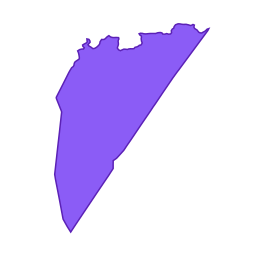 outline of Souto Soares, Bahia, Brazil, rotated 94°
{"feature_id": "56859067B69243196353735", "entity_name": "Souto Soares", "entity_type": "district", "adm_level": 2, "iso_a3": "BRA", "parent_name": "Brazil", "parent_adm1": "Bahia", "projection": "natural_earth1", "projection_center": [-41.909, -11.985], "detail": "fine", "context": "isolated", "style": "filled", "palette": "violet", "viewbox_px": 256, "rotation_deg": 94, "n_neighbors": 0, "source": "geoboundaries", "source_scale": "gbopen_adm2", "svg_char_len": 2132}
<svg xmlns="http://www.w3.org/2000/svg" viewBox="0 0 256 256"><g transform="rotate(94 128 128)"><path d="M42.0,175.2L43.4,175.0L44.7,174.7L45.7,175.1L46.4,176.1L47.3,177.6L48.4,179.1L49.7,178.7L51.0,177.2L52.3,177.9L52.5,179.8L53.2,181.8L54.6,183.6L56.3,182.7L58.2,182.1L60.8,181.5L62.4,181.4L63.8,183.0L65.4,185.1L66.3,185.8L67.8,186.2L69.3,186.3L70.5,186.9L71.8,188.4L73.5,189.3L75.3,190.2L76.8,190.9L78.0,191.4L87.8,195.5L102.4,201.7L103.6,201.5L115.6,195.7L116.7,195.3L137.1,196.1L152.8,196.8L174.9,197.7L179.3,197.9L184.1,196.8L204.2,191.4L223.4,186.4L230.3,181.9L235.8,177.9L230.3,174.8L223.8,171.1L195.0,154.6L179.1,145.4L176.9,144.1L173.6,142.3L169.5,140.0L166.5,140.2L165.2,140.3L163.1,140.4L161.6,140.5L159.0,137.3L157.9,136.4L150.5,130.6L145.7,127.9L139.8,124.4L123.5,115.0L111.2,107.8L108.8,106.4L105.2,104.4L101.4,102.1L90.6,95.9L74.8,86.7L68.1,82.5L66.5,81.4L64.6,80.2L25.3,55.2L23.2,54.3L23.9,56.0L25.3,57.2L26.3,58.3L27.1,59.7L28.0,61.0L28.1,62.4L27.6,64.0L26.4,65.1L25.3,66.1L24.6,67.6L23.8,68.7L22.7,69.3L20.7,69.0L20.2,70.4L20.9,71.4L21.4,72.8L20.9,74.8L20.5,77.3L20.7,79.0L20.8,80.3L20.7,82.0L20.5,83.6L20.6,85.4L21.7,87.8L23.5,89.0L25.3,89.4L26.2,90.7L27.9,91.6L29.9,91.2L31.2,92.1L31.6,94.0L31.1,96.0L31.8,97.7L31.9,99.8L30.9,100.6L30.5,101.9L30.6,103.3L30.9,104.9L31.8,107.1L31.9,108.8L32.0,110.2L32.1,111.9L32.3,113.3L32.5,114.6L32.9,116.8L32.9,118.7L32.6,120.3L32.6,122.2L33.2,123.5L34.4,122.7L34.9,121.5L36.2,120.9L37.8,121.1L39.1,120.9L40.7,120.5L41.7,119.9L42.9,120.0L44.4,121.0L44.7,122.5L45.6,123.3L46.5,124.9L47.0,126.6L48.4,127.6L48.7,129.3L48.8,131.3L49.1,132.8L49.7,134.0L49.6,135.8L49.6,137.6L50.4,139.2L51.4,141.0L50.6,142.9L49.0,144.2L47.7,144.0L46.4,143.6L45.1,143.4L43.7,143.6L42.3,143.9L41.1,143.8L39.8,143.3L38.5,143.7L38.5,146.0L38.7,147.9L38.8,149.1L38.7,150.5L38.3,151.9L37.2,153.5L38.3,155.0L40.0,156.5L41.2,157.7L41.5,159.2L41.5,160.5L42.9,161.3L44.0,161.9L45.4,162.0L46.7,162.4L47.7,163.2L48.8,164.1L49.8,165.2L50.8,166.6L51.3,168.5L49.9,170.6L49.0,172.5L47.8,173.7L46.4,172.8L45.1,171.8L43.7,172.1L42.3,173.2L42.0,175.2Z" fill="#8b5cf6" stroke="#5b21b6" stroke-width="1.5"/></g></svg>